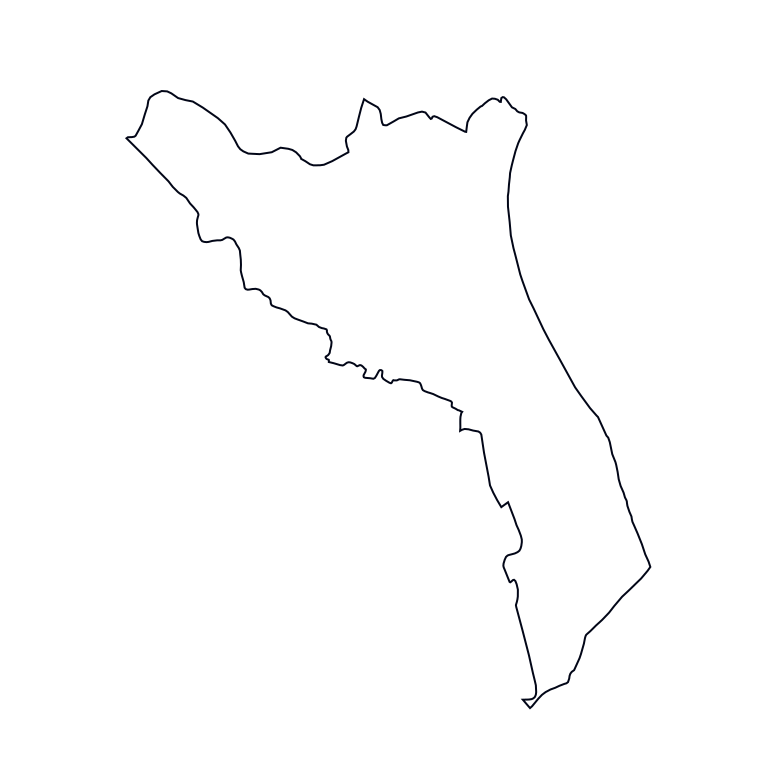 Tuy Hoa, Phú Yên, Vietnam (orthographic projection), rotated 8°
{"feature_id": "81297802B45106503001809", "entity_name": "Tuy Hoa", "entity_type": "district", "adm_level": 2, "iso_a3": "VNM", "parent_name": "Vietnam", "parent_adm1": "Phú Yên", "projection": "orthographic", "projection_center": [109.269, 13.094], "detail": "fine", "context": "isolated", "style": "outline", "palette": "ink", "viewbox_px": 768, "rotation_deg": 8, "n_neighbors": 0, "source": "geoboundaries", "source_scale": "gbopen_adm2", "svg_char_len": 5563}
<svg xmlns="http://www.w3.org/2000/svg" viewBox="0 0 768 768"><g transform="rotate(8 384 384)"><path d="M673.2,528.1L670.8,523.2L666.4,516.3L661.7,506.8L655.9,496.7L651.1,488.9L649.2,485.9L648.3,483.5L647.5,480.8L644.8,476.4L642.0,470.8L641.2,468.2L640.8,466.5L640.2,465.3L638.4,462.8L637.3,460.3L636.4,458.3L632.5,452.0L629.7,445.7L627.6,438.6L625.2,431.8L624.1,429.2L619.8,421.7L615.7,410.2L613.5,405.9L611.6,404.3L611.4,404.1L600.5,386.9L598.9,385.7L591.4,379.2L588.5,376.2L581.1,368.6L573.7,360.7L554.1,334.5L552.5,332.4L541.0,317.1L534.2,307.6L521.6,288.3L515.9,280.0L506.7,262.6L503.7,256.6L496.2,238.3L493.3,231.4L488.9,219.2L485.9,206.1L482.1,191.2L480.5,180.7L480.5,176.2L480.0,169.0L479.8,161.7L479.5,157.6L480.1,149.8L480.6,145.1L481.8,135.1L483.4,126.8L484.3,123.7L486.7,116.4L488.1,112.7L489.4,107.7L489.1,106.7L488.0,103.3L487.6,99.7L487.3,98.3L485.7,97.2L483.5,96.3L480.1,96.2L478.0,95.4L475.8,93.4L472.2,92.2L465.4,85.1L462.9,83.4L461.6,83.4L460.4,84.5L460.4,88.4L459.3,88.4L457.1,86.7L454.1,86.1L451.3,86.3L448.2,88.5L444.8,92.0L442.4,95.0L441.0,95.8L437.7,99.4L434.0,104.1L431.7,108.5L430.2,113.2L430.2,117.3L430.3,122.9L429.2,122.9L419.6,119.7L399.6,112.4L396.5,111.8L394.9,112.6L394.3,114.5L393.4,115.0L391.7,113.6L387.3,109.4L383.7,109.0L379.8,110.4L368.9,116.0L361.7,118.9L357.2,122.5L350.8,127.4L349.1,127.6L347.2,127.6L345.8,125.6L344.5,122.0L343.2,117.0L341.6,113.3L339.2,110.8L328.5,106.7L324.6,104.7L323.0,113.8L322.0,122.8L321.0,132.9L320.4,135.7L319.0,138.2L315.8,141.5L313.0,144.3L312.4,145.4L312.4,148.5L314.2,153.9L316.1,157.3L316.5,159.5L314.5,160.9L301.7,170.5L294.1,175.2L290.2,176.3L283.7,177.3L280.1,176.7L275.1,174.3L270.7,172.6L270.7,172.4L269.1,170.2L264.7,166.8L260.7,165.0L256.5,164.4L248.7,164.4L240.6,170.1L228.8,173.7L217.5,174.7L212.3,173.2L209.0,171.5L206.3,168.9L202.8,163.9L196.9,156.3L190.4,149.1L182.4,143.8L166.1,135.5L155.4,130.9L148.0,130.5L140.3,129.5L133.0,125.8L128.6,124.4L123.1,124.8L116.4,129.1L112.7,132.5L111.2,136.1L111.1,141.9L109.6,150.4L108.1,160.4L105.5,167.5L103.5,172.7L102.4,173.8L99.9,174.6L96.0,175.3L94.8,176.5L117.2,193.3L124.3,199.2L133.0,206.1L142.4,213.3L147.4,218.2L153.1,222.5L155.3,223.8L159.1,225.3L162.3,227.2L166.8,232.2L171.0,235.6L175.4,239.7L176.6,241.7L176.7,242.9L176.4,244.8L176.1,247.9L176.3,250.4L176.6,251.9L177.8,255.9L179.2,260.4L180.6,263.3L182.3,266.3L184.0,267.9L186.1,268.3L188.6,268.2L190.5,267.7L194.1,266.2L198.6,265.0L202.0,264.5L203.8,263.8L205.5,262.4L207.4,260.9L208.9,260.5L210.9,260.6L213.0,261.2L214.8,261.9L216.6,263.6L218.4,266.3L221.3,269.6L222.7,271.9L223.7,276.1L224.9,280.8L225.8,286.0L226.3,291.3L226.9,293.2L228.2,296.5L230.9,302.6L232.6,308.1L233.9,309.3L235.8,309.6L237.2,309.3L240.4,308.3L243.7,307.6L246.9,307.9L248.5,308.5L250.2,309.8L252.0,312.0L253.7,312.9L257.4,314.0L258.9,315.1L260.0,317.0L260.8,320.2L261.9,321.7L263.6,322.3L266.8,323.1L270.6,323.6L276.2,324.8L278.7,326.1L281.5,328.5L283.4,330.1L283.8,330.3L286.3,331.4L289.8,332.2L295.6,333.4L300.3,334.5L304.0,334.3L308.9,334.7L309.4,335.1L311.7,336.6L314.7,337.3L316.8,337.4L319.4,337.9L320.0,338.8L320.2,340.3L321.0,341.8L321.7,342.6L323.3,343.8L323.8,344.4L324.6,346.8L325.2,347.9L326.0,349.0L326.3,350.3L326.4,353.9L325.9,358.3L325.9,360.7L325.4,361.8L324.7,363.1L323.6,364.1L322.5,365.0L322.4,365.7L322.9,366.5L323.7,367.2L324.9,367.5L325.9,367.7L326.2,368.7L326.3,369.9L331.3,370.4L337.9,371.4L340.6,371.4L341.7,370.7L342.4,370.0L344.2,368.2L345.8,367.4L347.5,367.3L350.0,367.8L351.9,368.4L353.1,369.2L354.5,370.1L355.2,370.1L356.2,369.4L357.6,368.6L359.1,368.8L360.9,369.9L362.7,371.4L364.0,372.1L364.1,373.1L363.9,374.5L362.6,378.0L362.6,379.0L363.1,380.1L364.5,380.5L369.3,380.2L372.7,380.3L373.6,379.7L374.2,379.2L375.3,376.8L377.1,371.9L377.8,370.9L378.5,370.7L379.6,370.7L380.6,371.4L380.8,373.1L380.8,376.1L381.1,377.3L382.6,379.0L385.6,380.5L389.2,382.0L390.8,382.3L391.2,382.0L391.6,381.4L392.1,379.8L392.7,378.9L393.9,379.0L396.3,378.6L398.3,377.3L399.1,377.1L403.7,377.0L409.1,376.7L416.3,377.2L418.3,377.5L419.5,378.1L420.4,379.3L421.3,381.0L422.3,383.3L423.2,384.4L423.3,384.6L425.2,385.4L428.7,386.2L430.8,386.5L434.1,387.1L439.4,388.8L443.2,389.8L446.2,390.3L451.8,391.5L453.1,392.0L453.9,393.0L454.0,395.8L454.3,397.0L455.4,397.6L458.3,398.5L460.8,399.6L461.7,399.6L465.3,400.7L464.6,402.0L464.3,405.9L464.5,408.5L465.0,412.1L465.4,414.7L465.7,416.8L465.9,419.8L467.6,418.5L470.1,417.3L474.0,417.1L478.7,417.7L484.1,417.9L486.0,418.8L487.4,420.5L492.6,438.1L500.5,461.3L503.1,469.7L507.3,476.4L512.2,483.2L517.3,489.6L523.3,483.8L528.0,492.3L532.1,499.7L534.9,505.4L537.7,509.8L540.6,515.1L542.1,518.8L542.5,521.4L542.5,525.3L542.1,528.0L541.3,530.2L539.7,531.9L537.1,533.6L534.3,534.8L531.6,535.9L530.3,536.6L528.9,538.2L528.0,541.2L527.4,545.1L527.5,547.4L528.1,549.0L529.3,551.0L535.9,562.5L536.6,562.8L537.4,562.1L539.0,560.2L540.0,559.8L541.5,560.8L543.2,563.8L545.2,569.0L546.1,575.8L546.1,578.8L545.9,581.2L545.4,584.6L546.0,586.4L555.7,609.3L565.3,632.5L571.7,649.5L574.3,656.0L576.3,661.2L577.6,668.0L577.6,670.5L577.3,671.8L576.8,673.2L575.5,674.6L574.1,675.5L571.4,676.3L565.4,677.3L573.7,684.6L575.5,682.5L577.2,679.7L580.7,674.0L583.7,669.8L586.9,666.6L589.0,665.1L591.3,663.4L595.8,661.0L599.8,658.4L604.3,655.9L606.3,655.0L607.7,653.6L608.4,649.9L608.4,647.2L608.9,644.8L610.0,642.9L612.1,640.9L615.8,628.3L616.6,624.1L618.1,613.3L618.4,607.5L618.7,605.5L619.2,604.1L622.8,599.9L627.5,593.7L632.8,587.3L638.7,579.1L642.9,571.8L649.4,561.5L654.9,554.7L665.7,540.8L671.1,532.2L673.2,528.1Z" fill="none" stroke="#020617" stroke-width="2"/></g></svg>